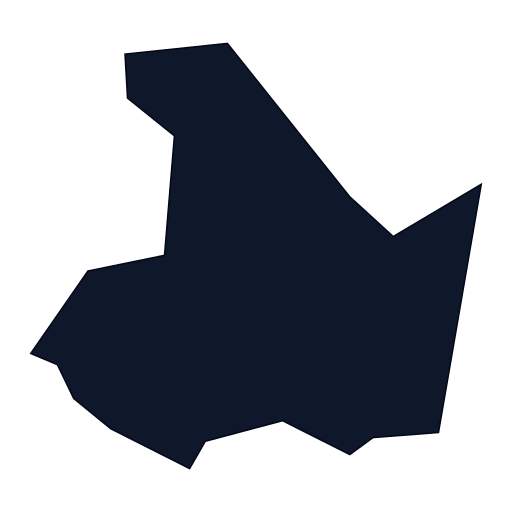 an SVG outline of Solihull
{"feature_id": "GBR-5695", "entity_name": "Solihull", "entity_type": "Metropolitan Borough", "adm_level": 1, "iso_a3": "GBR", "parent_name": "United Kingdom", "parent_adm1": "", "projection": "robinson", "projection_center": [-1.737, 52.417], "detail": "fine", "context": "isolated", "style": "filled", "palette": "ink", "viewbox_px": 512, "rotation_deg": 0, "n_neighbors": 0, "source": "natural_earth", "source_scale": "10m", "svg_char_len": 365}
<svg xmlns="http://www.w3.org/2000/svg" viewBox="0 0 512 512"><path d="M481.3,184.2L438.5,432.5L373.0,437.6L349.8,454.6L282.5,420.7L205.3,441.3L189.6,468.6L110.8,428.8L73.7,398.5L57.4,364.7L30.7,353.5L87.9,271.0L164.5,255.3L174.4,135.9L127.5,98.1L125.0,54.1L227.4,43.4L349.7,196.7L393.2,236.5L481.3,184.2Z" fill="#0f172a" stroke="#020617" stroke-width="1.5"/></svg>